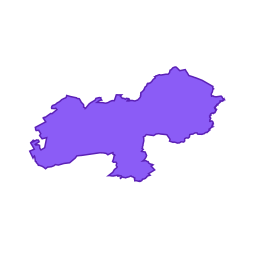 outline of Turlavas pag., Kuldigas, Latvia, rotated 157°
{"feature_id": "27541924B11045526003149", "entity_name": "Turlavas pag.", "entity_type": "district", "adm_level": 2, "iso_a3": "LVA", "parent_name": "Latvia", "parent_adm1": "Kuldigas", "projection": "natural_earth1", "projection_center": [21.723, 56.833], "detail": "fine", "context": "isolated", "style": "filled", "palette": "violet", "viewbox_px": 256, "rotation_deg": 157, "n_neighbors": 0, "source": "geoboundaries", "source_scale": "gbopen_adm2", "svg_char_len": 5733}
<svg xmlns="http://www.w3.org/2000/svg" viewBox="0 0 256 256"><g transform="rotate(157 128 128)"><path d="M221.5,153.1L220.3,152.7L220.2,152.4L222.8,152.5L223.4,152.3L222.5,145.1L227.5,145.1L227.2,137.5L226.3,138.4L225.1,138.8L225.2,137.6L226.3,133.5L225.6,132.8L225.9,132.1L225.1,129.9L225.1,128.7L224.1,128.2L222.1,126.4L220.9,124.8L219.8,122.7L217.4,123.4L213.6,122.3L211.0,122.2L209.1,122.7L206.6,121.1L200.9,120.4L195.3,118.8L188.4,120.9L186.0,122.3L184.4,121.9L181.4,120.9L163.6,116.2L160.4,114.7L158.0,113.1L157.0,111.2L155.1,111.4L151.5,111.3L151.5,110.9L152.1,109.8L151.9,109.4L151.5,109.0L150.9,108.7L150.7,108.1L151.0,107.9L151.6,107.8L153.6,105.0L155.3,103.2L154.7,102.1L153.1,101.6L152.4,101.2L152.1,99.9L153.1,98.8L153.6,97.9L153.1,96.5L153.2,96.3L154.0,95.8L156.7,95.1L159.3,93.2L164.6,91.8L163.7,91.5L161.5,90.1L160.2,89.5L159.7,89.3L159.3,89.5L157.7,88.9L157.0,88.9L156.4,88.6L155.7,88.5L155.4,88.0L156.8,87.9L155.4,87.4L154.9,87.6L154.8,87.2L154.1,87.3L154.0,87.2L153.5,87.0L152.9,86.5L153.0,86.3L153.0,86.1L153.3,86.0L153.5,85.6L154.3,85.0L154.6,85.0L154.6,84.6L152.2,85.1L151.1,84.0L150.3,83.7L149.6,83.0L148.7,83.1L146.4,82.7L144.0,82.7L143.3,81.5L142.6,81.2L142.0,80.0L141.3,79.5L141.4,79.1L142.0,78.5L142.1,77.5L142.4,76.8L140.8,76.2L138.6,74.5L138.4,74.4L138.1,74.8L137.9,74.7L137.8,74.2L137.6,74.1L136.0,74.2L135.3,74.6L134.8,75.2L133.1,74.8L132.6,75.0L131.6,74.8L130.9,75.3L130.1,75.4L129.7,75.9L128.6,76.2L126.1,75.9L127.0,77.9L119.8,79.0L121.6,83.9L119.3,84.3L120.1,85.2L121.3,85.9L122.4,87.4L122.7,87.7L122.6,89.2L123.7,89.9L124.3,91.0L127.2,91.9L125.4,92.4L123.1,93.9L121.6,95.4L121.6,99.2L124.7,101.2L123.9,101.8L122.3,102.4L123.0,103.7L122.5,104.1L122.1,104.7L122.1,105.1L121.1,106.0L120.5,107.2L118.4,110.1L118.2,110.9L117.7,111.8L117.3,113.8L115.6,113.8L114.0,114.7L113.7,114.8L107.3,111.0L104.6,111.5L101.9,110.8L100.5,109.8L94.9,106.7L93.7,101.2L94.9,99.7L92.1,97.2L91.2,97.1L89.6,96.0L88.6,94.9L86.4,94.2L84.5,94.6L82.2,93.3L80.9,93.9L80.1,95.9L79.6,96.1L78.0,96.1L76.6,95.2L75.0,95.7L73.7,97.8L72.3,97.6L70.6,97.0L68.7,97.3L67.3,97.0L66.3,96.4L66.4,95.6L66.1,95.0L62.4,93.3L61.0,93.2L60.1,93.0L58.5,93.5L56.9,93.0L56.6,93.4L55.2,93.5L54.4,94.1L53.5,94.2L53.6,94.5L53.4,94.7L53.9,95.1L53.8,95.3L53.5,95.4L52.5,95.4L52.3,95.6L51.6,95.7L51.2,96.0L49.6,96.0L50.1,96.4L50.1,96.7L49.3,97.0L49.6,97.4L49.0,98.0L48.5,98.1L48.5,98.3L48.8,98.4L48.7,98.6L47.9,98.6L48.0,99.1L47.9,99.3L47.6,99.4L47.6,100.0L47.5,100.5L47.8,101.4L48.4,101.9L49.6,101.9L50.0,102.1L49.6,102.6L49.8,102.8L49.5,103.2L49.4,103.7L48.9,103.9L48.0,104.7L48.1,105.4L48.4,105.6L48.6,106.1L48.2,106.6L48.2,107.2L47.2,107.6L47.1,107.4L47.2,107.1L46.8,107.2L46.6,107.6L46.9,108.2L46.8,108.4L46.1,108.8L45.6,108.7L45.2,108.9L44.9,108.6L44.0,108.7L43.6,108.4L43.6,108.1L42.6,108.4L42.4,108.1L42.2,108.1L41.4,108.6L41.1,109.2L40.4,109.4L40.0,109.8L40.2,110.1L40.0,110.5L39.9,110.5L40.0,110.9L39.6,110.9L39.8,111.1L39.7,111.4L39.8,111.7L40.2,111.7L40.6,112.0L40.4,112.3L40.2,112.4L40.3,113.1L39.6,113.2L39.4,113.0L39.2,113.2L39.4,113.5L39.0,113.6L38.4,113.6L38.2,113.7L38.2,114.1L37.8,114.1L37.6,114.3L37.5,114.2L37.0,114.2L37.3,114.5L36.9,115.0L36.3,114.9L36.1,114.7L35.8,114.7L35.5,115.1L33.4,115.6L33.2,115.8L32.9,115.9L33.2,116.1L32.7,116.8L32.4,116.5L32.1,116.7L31.8,116.7L31.4,116.4L31.4,116.2L31.0,116.1L30.8,115.9L30.6,116.0L30.0,116.0L29.8,116.3L29.4,116.3L29.4,116.0L29.2,115.9L29.0,116.1L29.0,116.3L28.7,116.5L29.3,116.7L28.8,116.9L28.6,116.8L28.7,117.0L28.9,117.0L28.5,117.4L28.9,117.4L29.3,118.9L29.3,119.8L29.8,121.0L34.8,122.3L37.0,123.7L37.2,124.4L38.6,124.6L38.3,126.1L37.6,127.3L36.3,128.2L34.8,130.4L33.9,130.6L34.3,131.5L34.2,132.2L33.7,132.8L33.6,133.1L33.8,133.3L41.1,142.9L46.2,147.9L47.1,148.6L48.2,149.7L51.5,152.5L51.9,155.7L51.9,155.8L52.2,157.0L52.5,159.4L57.9,160.5L58.2,161.4L58.5,161.7L59.0,163.4L60.0,165.4L61.0,165.8L63.1,165.9L65.7,164.7L66.6,164.8L67.1,164.2L68.2,162.7L70.1,161.8L72.1,162.7L77.1,163.9L78.3,164.8L79.7,164.9L80.8,164.8L81.7,165.1L82.3,164.9L82.7,164.4L83.4,164.7L83.3,164.2L83.6,163.3L85.4,163.0L86.8,162.3L87.9,161.5L89.0,161.2L89.6,160.8L90.7,161.0L91.1,160.8L91.9,160.9L92.1,161.4L93.3,161.0L93.9,160.1L94.7,159.4L96.2,159.1L98.5,157.0L98.4,156.9L100.9,155.8L102.2,155.6L102.7,155.0L102.7,154.6L103.6,153.1L103.9,152.8L103.8,152.5L104.7,151.6L105.3,151.2L107.6,150.2L108.5,149.9L109.0,150.1L110.7,150.1L111.2,150.2L113.2,151.6L114.6,152.2L116.7,152.6L118.2,153.3L117.8,153.6L115.6,153.9L115.8,154.7L118.0,156.0L119.0,155.5L120.1,156.6L120.2,157.0L121.7,157.5L121.9,158.9L122.4,159.6L122.6,160.2L122.1,160.6L121.0,161.0L125.8,163.1L129.9,158.5L131.9,159.4L134.3,159.5L136.5,159.2L138.6,159.5L139.2,159.7L141.5,161.3L146.6,163.7L143.5,164.5L141.3,164.0L141.5,164.7L141.5,165.7L141.2,166.5L141.7,166.6L142.4,167.2L142.9,167.3L145.9,167.8L147.3,166.6L148.0,166.4L152.1,165.9L154.3,165.4L159.5,162.6L159.8,162.6L159.6,163.1L160.3,164.2L160.7,164.6L159.8,166.5L160.1,167.8L160.8,169.5L160.8,169.8L161.0,170.0L161.1,172.2L161.5,174.1L163.1,174.9L163.6,175.9L168.6,179.4L171.7,181.9L172.9,180.4L173.5,180.1L175.1,180.2L178.0,180.0L179.8,179.3L181.6,178.9L183.4,178.8L184.7,178.3L186.0,178.0L188.3,178.2L189.1,178.0L189.8,177.5L190.5,176.5L190.6,175.8L188.0,174.5L186.7,174.4L186.2,172.7L192.4,170.9L193.5,171.6L200.3,170.1L200.8,170.6L202.2,170.4L201.3,165.8L213.1,164.8L213.3,163.5L213.7,162.5L213.5,161.5L212.8,161.4L211.1,160.7L210.5,156.9L212.3,155.6L211.3,151.6L206.6,150.9L212.4,142.4L216.7,141.8L217.1,143.9L216.2,146.6L217.2,147.6L218.9,148.3L219.4,148.2L219.8,149.2L215.2,150.0L215.3,150.5L215.1,151.3L215.4,152.1L216.0,152.2L217.0,152.8L218.0,152.5L218.6,152.5L219.0,152.7L220.0,153.8L220.5,153.6L220.9,153.3L221.5,153.1Z" fill="#8b5cf6" stroke="#5b21b6" stroke-width="1.5"/></g></svg>